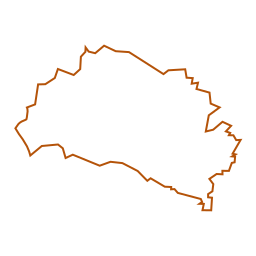 the district of Bogovinje, Bogovinje, North Macedonia
{"feature_id": "65306769B92913941164091", "entity_name": "Bogovinje", "entity_type": "district", "adm_level": 2, "iso_a3": "MKD", "parent_name": "North Macedonia", "parent_adm1": "Bogovinje", "projection": "mercator", "projection_center": [20.886, 41.947], "detail": "fine", "context": "isolated", "style": "outline", "palette": "amber", "viewbox_px": 256, "rotation_deg": 0, "n_neighbors": 0, "source": "geoboundaries", "source_scale": "gbopen_adm2", "svg_char_len": 1163}
<svg xmlns="http://www.w3.org/2000/svg" viewBox="0 0 256 256"><path d="M219.6,107.4L210.7,103.6L209.5,92.6L196.5,89.0L198.0,82.7L191.7,83.7L192.7,78.1L186.6,77.7L185.2,69.3L168.4,70.3L163.5,74.1L129.0,52.1L115.7,51.2L104.1,45.7L95.2,53.2L88.7,51.6L85.6,47.4L85.4,51.8L80.9,56.7L80.2,69.1L73.7,75.0L57.9,69.0L54.8,78.0L45.3,84.2L38.1,84.4L35.1,104.4L26.9,107.5L27.4,108.7L27.6,111.4L26.8,117.6L26.4,119.3L25.6,119.8L21.7,121.5L20.1,122.5L18.5,123.9L15.4,128.3L18.9,134.0L22.8,139.4L27.0,146.4L29.1,151.4L30.3,155.5L41.8,146.0L58.0,144.5L62.8,148.3L65.6,158.0L72.8,154.7L99.7,165.7L110.5,161.8L122.4,163.1L137.7,171.0L147.3,180.8L150.6,178.3L164.8,186.7L171.2,187.0L171.1,189.3L174.5,189.1L177.8,192.9L200.8,199.0L202.1,202.0L199.5,203.8L203.8,203.9L202.5,210.2L211.2,210.3L212.0,197.7L208.1,197.3L208.1,194.1L212.4,191.3L213.3,184.1L209.4,178.9L216.6,174.0L222.5,174.3L222.4,170.8L228.9,170.9L231.8,162.9L234.6,162.3L235.1,156.7L232.2,156.4L235.5,154.4L232.6,153.7L240.6,139.9L236.2,140.1L233.4,135.3L228.9,135.2L230.2,132.9L225.9,131.4L231.1,125.8L222.5,121.8L213.2,129.7L205.8,131.5L208.8,115.3L219.6,107.4Z" fill="none" stroke="#b45309" stroke-width="2"/></svg>